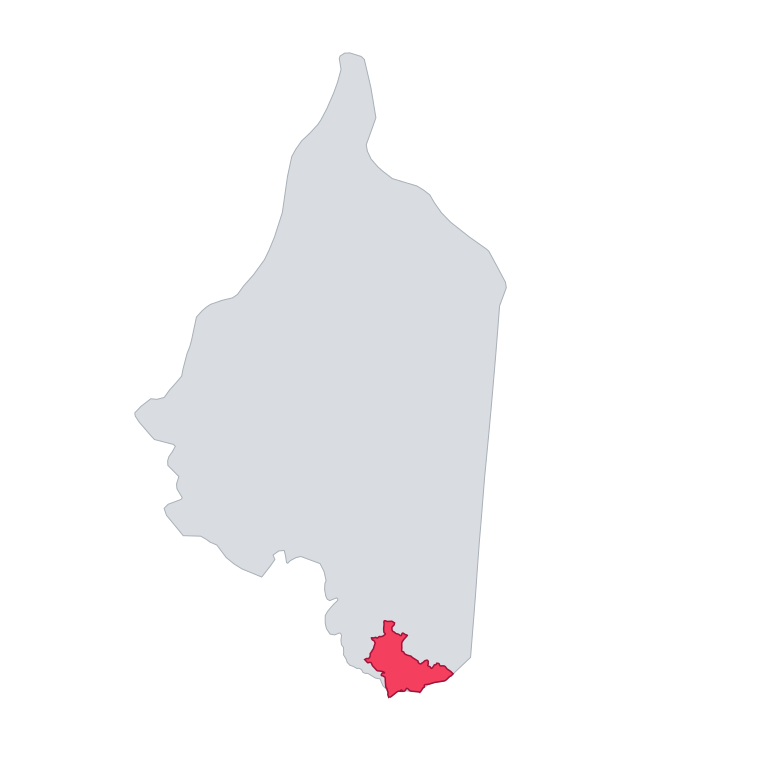 Dar`a on a map of Syria (orthographic projection), rotated 308°
{"feature_id": "SYR-146", "entity_name": "Dar`a", "entity_type": "Province", "adm_level": 1, "iso_a3": "SYR", "parent_name": "Syria", "parent_adm1": "", "projection": "orthographic", "projection_center": [36.277, 32.826], "detail": "fine", "context": "in_parent", "style": "filled", "palette": "rose", "viewbox_px": 768, "rotation_deg": 308, "n_neighbors": 0, "source": "natural_earth", "source_scale": "10m", "svg_char_len": 6449}
<svg xmlns="http://www.w3.org/2000/svg" viewBox="0 0 768 768"><g transform="rotate(308 384 384)"><path d="M150.6,287.3L156.3,287.9L168.2,295.2L170.2,295.0L173.9,285.4L177.4,282.1L184.8,279.3L186.8,263.8L190.3,260.8L194.4,259.2L200.8,258.9L206.4,257.9L206.7,255.2L198.9,237.3L199.6,232.8L203.2,214.7L205.6,207.7L207.8,205.4L216.5,206.2L228.8,209.3L232.1,214.5L238.1,219.1L247.1,218.7L257.5,219.4L265.6,219.7L272.1,216.4L286.6,210.1L293.8,208.0L300.4,205.2L321.3,195.0L329.8,195.6L335.6,196.8L340.0,198.3L350.1,204.8L358.5,211.5L364.3,213.4L374.7,213.0L389.7,213.9L408.2,213.3L418.8,211.0L432.4,207.2L456.6,198.3L487.9,180.3L506.4,171.3L514.4,170.0L525.0,169.4L535.6,171.1L547.7,172.1L553.2,171.7L566.0,169.4L582.6,165.1L593.0,161.7L605.4,156.5L612.9,148.4L615.4,147.5L618.8,148.7L620.3,149.1L623.9,153.3L628.0,164.2L628.0,165.5L627.6,168.7L619.9,178.3L609.3,191.4L601.7,199.7L588.8,213.7L578.7,217.1L561.6,222.7L557.2,227.6L553.3,235.3L551.3,245.6L550.9,252.1L551.0,264.1L555.7,276.3L560.3,288.0L561.2,295.9L561.2,303.7L557.8,312.2L554.3,323.8L552.5,336.8L552.4,360.9L553.4,381.5L553.2,384.8L546.7,399.7L539.0,417.0L535.2,421.1L516.7,427.0L496.8,440.2L474.4,455.0L454.0,468.3L432.5,482.3L410.1,496.7L394.1,506.9L372.6,520.6L352.9,533.6L332.9,546.8L317.7,556.7L294.4,572.3L280.8,581.5L260.7,594.9L242.9,606.6L221.9,620.5L195.3,616.5L186.9,614.2L180.0,607.6L175.0,604.1L162.5,600.6L154.5,588.2L149.7,583.8L141.3,581.8L144.9,574.0L145.6,568.8L149.2,562.5L147.0,558.3L146.0,549.5L144.4,547.3L143.8,545.0L145.1,542.1L144.6,539.2L143.2,538.0L142.5,533.6L141.4,530.3L142.0,526.3L143.8,523.8L145.7,518.8L147.9,517.3L151.5,514.2L152.4,511.0L155.6,507.8L159.8,505.3L160.8,503.2L160.2,502.0L155.9,499.6L153.7,495.5L155.7,489.5L157.1,487.6L159.6,484.7L165.3,480.3L169.7,479.6L173.5,479.6L180.0,480.0L185.0,480.8L186.3,479.6L186.1,478.2L179.9,474.6L179.5,471.7L181.1,468.6L185.5,463.7L190.7,460.1L193.3,459.5L199.3,452.3L203.1,444.2L196.9,424.7L193.1,421.6L187.1,418.9L183.5,418.5L183.2,417.2L188.0,412.2L191.4,407.9L187.6,403.8L180.9,401.9L178.5,406.1L169.9,406.5L156.6,406.5L150.8,385.8L149.9,376.9L150.1,366.5L154.2,351.4L152.3,344.4L152.2,339.7L151.2,333.2L140.9,319.2L146.6,293.5L150.6,287.3Z" fill="#d9dde1" stroke="#a8b0b8" stroke-width="1"/><path d="M152.2,585.8L151.8,585.7L150.5,584.3L149.8,583.9L141.4,581.9L140.7,581.0L140.4,580.7L140.0,580.6L141.6,578.2L142.9,577.4L143.5,577.1L144.0,576.2L145.7,573.8L146.1,573.0L146.0,572.5L146.6,571.7L150.7,567.9L153.0,566.0L153.4,565.4L153.5,565.3L153.5,564.9L153.3,563.0L153.2,562.5L153.0,562.1L152.8,561.9L152.7,561.6L152.7,561.4L152.8,561.2L153.2,560.9L153.4,560.8L153.6,560.7L155.0,560.6L155.4,560.7L155.5,560.8L155.8,561.0L155.9,561.5L156.0,561.7L156.1,561.9L156.2,562.0L156.4,562.0L156.5,562.1L156.8,562.2L157.0,561.9L156.9,561.6L156.9,561.0L156.4,559.4L156.2,559.1L155.9,558.7L155.6,558.2L155.2,557.3L154.2,555.9L153.9,555.1L153.9,554.4L154.9,548.6L154.9,548.4L155.5,547.2L156.4,545.7L156.4,545.4L156.3,545.0L156.0,544.3L155.7,544.0L155.5,543.8L154.4,543.0L154.4,542.9L154.4,541.9L155.0,538.4L156.7,539.1L156.9,539.2L157.2,539.5L157.7,540.4L158.0,540.8L158.5,540.9L160.0,540.9L160.4,540.8L160.9,540.7L161.2,540.5L161.7,540.2L162.8,539.2L169.1,538.6L169.4,538.5L170.6,537.9L173.8,536.8L174.6,536.4L174.8,535.7L175.3,534.9L175.4,534.6L175.5,534.2L175.5,533.9L175.5,533.5L175.2,532.5L175.3,532.2L175.4,531.8L175.8,530.9L176.0,530.6L176.2,530.4L176.4,530.5L176.5,530.6L176.7,530.8L177.3,531.9L177.7,532.3L177.9,532.5L178.1,532.6L178.9,533.1L179.0,533.2L179.1,533.3L179.3,533.5L179.4,534.6L179.5,534.8L179.5,535.0L179.9,535.3L180.0,535.3L181.6,535.6L182.0,535.7L182.1,535.8L182.3,536.0L182.5,536.2L182.8,536.9L182.9,537.1L183.0,537.2L183.8,537.7L184.0,537.9L184.2,538.1L184.6,538.3L186.6,538.9L187.2,539.0L187.6,539.0L187.9,538.8L188.0,538.7L188.1,538.3L188.2,537.3L188.2,537.1L188.3,536.9L188.5,536.6L190.9,534.4L191.2,534.2L195.0,531.8L195.3,531.5L195.7,531.0L197.0,530.1L197.3,530.1L197.6,530.1L197.9,530.3L198.0,530.5L198.3,530.9L198.4,531.2L198.7,532.3L198.9,532.6L199.0,532.9L201.7,536.0L201.9,536.4L201.9,536.6L202.0,536.7L202.0,536.9L202.1,538.4L202.3,539.4L200.8,540.1L200.1,540.3L198.0,540.0L197.5,540.0L197.1,540.1L195.8,541.1L195.4,541.5L195.0,542.0L194.8,542.4L194.6,542.9L194.5,543.3L194.5,543.6L194.6,543.8L194.8,544.4L194.8,544.8L194.8,545.0L194.8,545.6L194.7,546.1L194.7,546.4L194.7,546.6L194.8,547.3L195.1,547.9L195.6,549.0L195.7,549.4L195.8,549.7L195.8,550.1L195.8,551.5L195.9,551.9L196.1,552.1L196.3,552.3L196.5,552.3L196.8,552.4L198.1,551.9L198.6,551.9L198.8,551.9L199.0,551.9L199.1,552.0L199.3,552.2L199.4,552.4L199.5,552.7L199.6,554.9L199.6,555.1L199.8,555.5L200.2,556.3L200.3,556.8L200.3,557.0L200.2,557.2L199.7,557.2L195.1,556.9L191.9,557.1L191.1,557.4L190.5,557.7L188.2,559.5L187.1,560.5L186.1,561.1L184.9,562.0L184.6,562.3L184.5,562.6L184.5,562.8L184.5,563.0L184.6,563.3L184.8,563.7L184.8,563.9L184.9,564.0L184.9,564.4L184.9,564.6L184.2,566.0L184.1,566.3L184.1,566.5L184.2,567.3L184.4,567.9L184.5,568.9L185.9,572.2L186.2,573.2L186.1,573.5L186.0,573.8L186.0,575.3L186.6,581.5L185.7,582.2L185.6,582.7L185.5,583.3L185.5,583.7L185.6,584.3L185.6,584.5L185.9,585.1L186.1,585.3L186.4,585.5L186.8,585.6L187.1,585.6L187.3,585.6L187.5,585.7L188.7,586.2L189.0,586.3L190.6,586.4L191.0,586.6L191.4,586.8L192.5,587.5L192.8,587.9L193.0,588.2L193.0,588.6L192.8,589.3L192.8,589.5L192.7,589.6L192.5,589.8L192.2,590.0L191.7,590.3L191.4,590.5L190.9,591.0L190.7,591.2L190.4,591.3L189.4,591.6L189.3,591.8L189.1,592.0L189.0,592.5L189.1,592.9L189.5,593.9L189.6,594.2L189.5,594.5L189.2,595.3L189.2,595.6L189.1,596.1L189.1,596.4L189.3,596.6L190.5,596.8L191.8,596.8L193.2,596.6L193.4,596.6L193.6,596.6L193.8,596.7L194.1,597.0L194.3,597.3L194.6,597.5L194.9,597.6L195.0,597.7L196.5,597.5L197.4,599.0L197.5,599.5L197.0,600.4L196.5,601.3L196.5,601.6L196.5,601.9L196.9,602.4L198.0,603.7L198.8,604.9L198.9,605.3L199.0,605.6L199.0,606.4L198.9,606.8L198.4,608.6L198.3,609.0L198.6,613.5L198.2,616.4L198.2,616.9L195.4,616.6L194.1,615.8L189.7,615.3L188.2,614.9L187.0,614.2L180.1,607.7L175.1,604.2L172.5,601.6L171.7,601.2L171.3,601.3L170.4,602.1L170.0,602.3L169.5,602.2L168.7,601.9L168.3,601.8L165.4,602.2L164.2,602.2L163.3,602.1L163.0,602.1L163.0,601.7L162.6,600.6L159.1,595.2L158.3,593.7L158.3,591.9L158.5,590.4L158.2,589.3L156.3,589.2L155.2,589.4L154.4,589.1L153.7,588.4L153.0,587.5L153.3,587.6L153.5,587.2L153.7,586.6L153.5,586.0L153.2,585.8L152.2,585.8Z" fill="#f43f5e" stroke="#9f1239" stroke-width="1.5"/></g></svg>